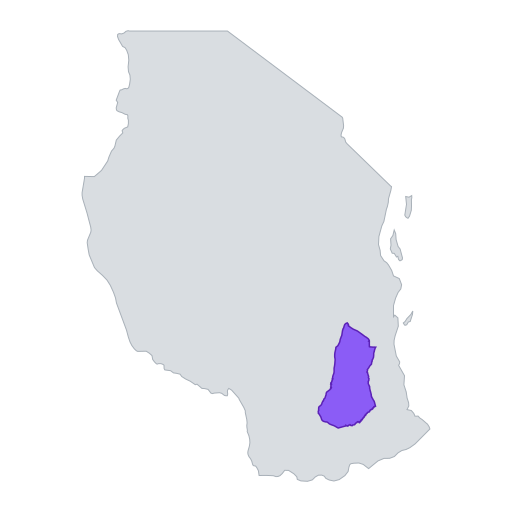 location of Liwale, Lindi, United Republic of Tanzania
{"feature_id": "72390352B80391364217442", "entity_name": "Liwale", "entity_type": "district", "adm_level": 2, "iso_a3": "TZA", "parent_name": "United Republic of Tanzania", "parent_adm1": "Lindi", "projection": "equal_earth", "projection_center": [38.174, -9.186], "detail": "fine", "context": "in_parent", "style": "filled", "palette": "violet", "viewbox_px": 512, "rotation_deg": 0, "n_neighbors": 0, "source": "geoboundaries", "source_scale": "gbopen_adm2", "svg_char_len": 8996}
<svg xmlns="http://www.w3.org/2000/svg" viewBox="0 0 512 512"><path d="M195.3,384.7L190.2,381.2L185.6,379.0L181.8,376.6L180.1,374.2L176.5,373.3L173.5,372.9L170.6,370.7L164.8,369.9L164.1,368.5L164.0,365.2L163.0,364.4L160.9,363.6L158.6,363.6L157.2,364.1L156.4,363.8L154.5,361.9L152.7,359.5L152.0,355.6L149.3,353.2L146.2,351.2L137.7,351.4L136.4,350.8L134.3,348.8L131.9,345.6L130.0,341.9L128.3,336.9L126.5,330.1L116.5,303.1L115.5,297.9L113.5,292.3L110.3,285.3L107.0,280.1L102.5,275.4L97.3,270.8L94.5,267.6L89.2,254.9L88.1,248.9L87.2,242.7L87.5,240.2L90.8,232.2L91.1,230.0L90.7,227.0L89.0,220.6L87.0,212.9L82.7,198.9L82.1,195.3L82.1,192.6L84.5,178.4L84.5,176.4L94.3,176.6L101.5,170.4L107.7,161.0L108.9,157.1L111.5,151.1L114.0,148.2L114.9,146.1L116.3,140.1L119.6,136.1L122.8,132.9L122.1,130.7L122.6,129.9L124.3,128.3L127.7,126.9L128.4,123.7L128.4,120.2L127.8,118.2L127.9,115.9L127.4,114.7L125.2,114.3L121.9,112.6L119.1,111.8L117.2,110.8L116.5,110.0L116.2,107.9L117.7,102.4L116.2,100.2L119.6,91.1L120.2,90.0L121.5,89.9L123.4,88.9L125.3,88.4L126.8,88.8L127.9,88.4L128.8,87.4L129.6,84.3L130.3,79.2L129.9,75.0L128.5,71.7L128.1,66.8L128.8,60.2L128.3,54.7L126.7,50.3L125.1,47.7L122.6,46.4L118.7,39.7L117.5,36.5L117.7,34.4L119.1,33.6L121.6,33.9L123.9,33.1L126.0,31.3L128.1,30.7L129.3,31.0L227.4,31.0L342.2,117.2L342.7,118.2L343.6,125.7L343.4,128.2L341.6,132.5L341.1,134.7L341.1,136.2L341.5,136.9L343.0,137.1L344.3,138.1L344.8,138.9L345.7,142.1L347.0,143.7L390.6,186.0L391.5,186.6L390.9,190.2L388.5,198.7L388.3,202.3L387.4,206.5L386.4,209.3L383.9,221.4L381.8,225.9L378.9,236.5L378.5,244.6L380.1,250.3L380.6,255.6L384.0,260.8L386.7,262.7L388.5,265.0L391.7,270.5L393.5,275.9L399.3,278.6L401.6,284.7L400.8,288.9L398.1,292.4L395.6,298.1L393.5,305.5L393.5,316.8L394.8,315.1L397.9,317.9L398.3,326.2L395.1,335.9L394.1,340.4L394.0,344.3L396.3,356.0L399.7,361.9L399.5,363.7L398.6,365.3L404.5,375.7L403.9,384.8L406.2,391.9L407.1,398.0L408.6,402.7L408.8,406.0L407.0,409.6L411.3,410.5L413.8,413.4L415.0,416.2L418.1,416.1L419.8,418.0L422.2,419.6L427.6,424.3L429.1,426.7L429.9,429.0L415.1,443.9L409.8,447.7L406.0,449.5L401.9,450.5L398.1,452.8L394.4,456.5L389.7,458.3L384.0,458.4L378.0,460.9L368.6,468.6L363.2,464.4L358.9,463.0L353.9,463.2L350.9,463.7L349.8,464.6L348.9,467.2L348.1,471.5L344.9,475.6L339.2,479.6L333.9,481.0L329.2,480.0L325.9,478.4L324.2,476.1L321.7,475.1L318.4,475.2L315.3,476.9L312.3,479.9L307.5,481.3L300.9,480.9L297.3,479.4L296.8,476.8L293.9,473.8L288.6,470.4L284.7,470.3L282.2,473.6L279.9,475.7L277.9,476.5L276.0,476.6L273.3,475.7L266.0,475.4L259.1,475.5L258.4,470.7L256.9,467.8L255.7,466.1L253.3,465.6L252.6,464.3L251.8,461.3L250.6,458.8L249.0,456.7L248.1,454.7L247.8,452.9L248.0,451.0L249.4,446.1L249.9,442.7L249.7,439.3L248.9,435.7L247.2,431.5L247.4,430.3L246.9,427.4L246.8,425.4L247.1,422.9L246.8,419.6L245.3,412.6L245.3,410.8L243.8,407.4L239.2,399.4L238.9,398.3L231.7,390.2L228.8,388.4L227.7,389.9L227.4,391.4L227.7,393.9L227.5,395.2L227.2,395.8L225.5,395.7L224.4,395.4L221.7,393.3L219.5,392.7L214.2,393.1L212.4,393.6L210.9,393.1L208.1,389.4L204.8,388.6L201.9,388.4L197.0,384.2L195.3,384.7ZM400.1,249.0L402.5,258.0L402.2,259.6L400.5,260.7L399.6,260.7L398.5,259.3L397.8,256.3L396.5,257.0L394.3,253.4L392.2,253.2L390.3,248.9L391.0,245.2L390.6,238.8L392.9,235.5L394.2,230.0L395.7,233.7L396.1,239.6L398.1,246.5L400.1,249.0ZM411.7,195.6L411.8,197.7L411.4,199.7L411.5,206.1L411.3,210.3L409.5,216.2L408.0,218.3L406.7,217.6L405.6,216.7L404.8,215.1L406.5,204.4L405.7,196.5L409.0,197.2L411.7,195.6ZM406.7,324.8L405.0,325.3L404.4,324.8L403.3,323.0L405.1,321.5L406.9,318.6L410.9,314.4L412.8,311.0L412.5,314.3L410.2,321.5L408.3,322.0L406.7,324.8Z" fill="#d9dde1" stroke="#a8b0b8" stroke-width="1"/><path d="M375.7,347.2L374.3,347.1L373.9,347.1L372.9,347.2L372.1,347.0L371.2,347.0L370.3,346.9L370.0,346.9L369.4,346.7L369.3,343.0L369.4,341.7L369.3,341.4L369.3,341.2L369.2,341.2L369.3,341.1L369.3,340.9L369.3,340.7L369.3,340.4L368.9,340.2L368.9,339.8L368.7,339.7L368.4,338.9L366.2,337.2L364.9,336.5L363.5,335.4L357.4,331.0L353.3,329.2L350.8,327.6L350.3,327.2L349.9,327.0L349.6,326.6L349.3,326.4L349.1,326.2L348.9,326.2L348.7,326.0L348.4,325.9L348.4,325.7L348.4,325.2L348.2,324.9L348.4,324.4L348.2,324.2L348.0,323.9L347.9,323.6L347.6,323.5L347.4,323.4L347.2,322.9L346.0,323.4L345.3,323.9L344.6,324.8L344.3,325.6L343.6,328.0L343.1,328.7L342.8,329.7L342.5,330.7L341.9,334.8L341.6,335.9L341.0,337.2L340.9,337.7L340.3,339.1L340.1,340.1L339.9,341.3L339.6,342.3L338.4,344.7L337.8,345.8L335.9,347.3L335.8,348.4L335.7,349.1L334.9,352.7L334.7,354.7L334.7,356.9L335.1,359.1L335.1,360.2L334.8,363.9L334.5,366.1L334.1,368.2L334.1,370.1L334.1,371.9L333.8,373.5L333.1,375.3L332.8,376.3L332.6,377.8L332.4,378.4L332.7,378.6L332.8,378.7L332.7,378.8L332.6,379.0L332.3,379.0L332.2,379.1L332.3,379.3L332.6,379.4L332.6,379.6L332.4,379.7L332.2,380.3L332.0,380.5L332.1,380.9L332.1,381.0L331.9,381.2L331.7,381.5L331.6,382.1L331.5,382.4L331.2,382.5L331.3,382.7L331.2,383.1L330.8,383.3L330.8,383.5L331.0,383.6L330.9,383.8L331.1,383.8L331.3,383.9L331.4,384.0L331.1,384.1L331.1,384.4L330.9,384.6L330.9,384.8L331.1,384.8L330.9,385.4L330.9,385.6L331.1,385.9L331.1,386.0L331.0,386.3L331.0,386.6L330.8,386.8L331.1,387.1L330.8,387.2L330.7,387.6L330.6,388.0L331.1,388.1L331.0,388.5L330.9,388.5L330.8,388.4L330.6,388.5L330.4,388.8L330.2,389.2L330.1,389.5L326.6,392.2L326.4,392.7L326.1,393.9L326.1,394.5L326.0,395.1L325.8,395.4L325.0,397.9L324.6,398.5L324.0,398.9L323.8,399.3L323.7,399.7L323.5,400.7L323.3,401.0L323.0,401.0L322.7,401.2L322.6,401.8L322.1,402.7L321.7,404.1L321.3,404.8L320.5,405.6L319.3,406.5L318.9,407.0L318.7,407.6L318.6,409.2L318.6,409.7L318.7,410.3L318.5,410.5L318.2,411.6L318.3,412.4L318.4,412.8L318.3,413.1L318.4,413.4L318.7,413.6L318.9,413.9L319.2,414.2L320.7,416.7L321.1,417.7L321.6,419.4L321.9,420.0L322.4,420.5L322.8,420.9L323.4,421.3L324.8,421.7L326.1,422.0L326.5,421.9L326.9,422.0L327.7,422.4L328.8,423.4L329.6,424.0L331.2,424.7L331.5,424.7L332.0,425.0L332.7,425.2L333.6,425.5L335.4,426.4L336.7,427.2L338.2,428.0L345.9,425.9L346.0,425.4L346.2,425.6L346.3,425.8L346.5,425.8L346.8,425.9L347.1,426.0L347.5,426.1L348.0,426.0L348.1,425.9L348.1,425.6L348.5,425.5L348.7,425.3L348.9,425.1L349.0,425.1L349.3,425.1L349.7,424.9L350.0,424.6L350.4,424.9L350.7,425.4L350.9,425.5L351.1,425.6L351.6,425.5L351.8,425.6L352.2,425.6L352.3,425.6L352.4,425.2L352.7,425.0L353.6,424.9L354.0,424.8L354.3,424.7L354.6,424.7L355.0,424.3L355.0,424.0L355.4,423.6L355.6,423.3L355.8,423.1L356.0,423.1L356.3,422.9L356.8,422.7L356.9,422.4L357.4,422.1L357.4,421.8L357.6,421.8L357.9,421.6L358.1,421.6L358.4,421.9L358.8,421.9L358.9,422.2L359.2,422.0L359.3,422.0L359.3,422.5L359.6,422.7L360.0,422.2L359.9,421.9L359.9,421.7L360.2,421.7L360.4,421.4L360.7,420.6L360.8,420.5L361.1,420.7L361.2,420.1L361.3,419.8L361.7,419.7L361.9,419.8L362.0,419.6L362.3,419.5L362.2,419.1L362.4,418.9L362.5,419.0L362.6,418.7L362.8,418.5L362.8,418.2L363.1,418.2L363.4,418.0L363.6,417.8L363.7,417.5L363.8,417.5L364.0,417.3L364.0,416.9L364.3,416.8L364.3,416.6L364.4,416.4L364.5,416.0L364.9,415.8L364.8,415.7L365.3,415.3L365.5,415.3L365.4,414.9L365.4,414.6L365.8,414.6L366.0,414.2L366.4,414.0L366.5,413.6L367.1,413.3L367.1,413.0L367.3,412.7L367.6,412.6L367.8,412.4L368.1,412.1L368.6,412.1L368.8,412.1L369.0,412.0L369.3,411.9L369.5,411.8L369.4,411.8L369.6,411.6L369.7,411.4L369.6,411.2L369.8,410.8L370.3,410.0L370.8,409.7L370.9,409.8L371.0,409.7L371.5,409.6L372.0,409.4L372.2,409.2L372.1,408.9L372.2,408.7L372.3,408.7L372.6,408.8L372.7,408.4L372.8,408.2L372.9,408.3L373.0,408.1L373.4,407.9L373.4,407.7L373.5,407.6L373.7,407.3L373.8,406.9L373.9,406.7L374.1,406.7L374.4,406.9L374.6,406.8L374.6,406.6L374.9,406.2L375.0,406.3L375.5,406.2L375.4,405.8L375.2,405.0L375.1,404.7L374.8,403.5L374.7,403.3L374.6,402.6L374.4,402.1L374.2,401.4L373.7,400.5L373.0,399.5L372.5,398.4L372.1,397.8L372.0,397.6L371.7,397.3L371.6,396.9L371.6,396.4L371.3,396.1L371.3,395.4L371.2,394.3L371.0,393.9L371.0,393.5L370.8,392.9L370.6,391.9L370.2,390.8L370.2,390.5L370.0,390.0L369.9,389.0L369.6,388.4L369.7,387.9L369.7,387.6L369.6,387.4L369.6,386.8L369.6,386.4L369.2,386.0L369.2,385.6L369.0,385.2L368.8,385.0L368.7,384.7L368.2,383.4L368.2,382.9L368.3,382.5L368.3,382.2L368.2,381.9L368.2,381.5L368.3,381.2L368.6,381.0L368.7,380.7L368.7,380.4L368.9,380.1L368.8,379.5L369.0,378.9L369.0,378.6L368.9,378.5L368.7,378.3L368.7,378.2L368.4,377.7L368.5,377.0L368.6,376.8L368.6,376.2L368.3,375.7L368.3,375.4L368.1,375.1L368.1,374.8L367.9,374.1L367.6,373.6L367.7,372.9L367.1,372.3L366.9,372.1L367.0,371.7L367.3,371.3L367.4,371.0L367.4,370.8L367.5,370.4L367.5,370.2L367.3,369.7L367.8,369.1L368.1,368.5L368.7,367.9L368.8,367.6L369.0,367.3L369.3,366.7L369.8,366.0L369.9,365.7L370.5,365.1L371.0,364.7L371.5,364.0L371.5,363.3L371.7,362.8L371.7,362.1L371.7,361.9L372.0,361.6L372.1,361.3L372.2,360.3L372.2,359.9L372.8,359.1L373.0,358.5L373.5,357.3L373.7,355.2L373.7,353.2L374.0,352.3L374.0,352.0L374.3,351.4L374.3,351.1L374.4,350.7L374.5,350.3L375.0,348.6L375.3,347.8L375.7,347.2Z" fill="#8b5cf6" stroke="#5b21b6" stroke-width="1.5"/></svg>